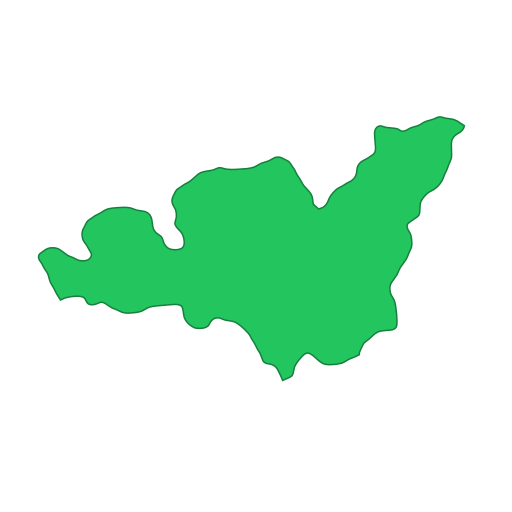 Los Almácigos, Santiago Rodríguez, Dominican Republic, rotated 266°
{"feature_id": "3306468B75896846080251", "entity_name": "Los Almácigos", "entity_type": "district", "adm_level": 2, "iso_a3": "DOM", "parent_name": "Dominican Republic", "parent_adm1": "Santiago Rodríguez", "projection": "mercator", "projection_center": [-71.426, 19.324], "detail": "fine", "context": "isolated", "style": "filled", "palette": "green", "viewbox_px": 512, "rotation_deg": 266, "n_neighbors": 0, "source": "geoboundaries", "source_scale": "gbopen_adm2", "svg_char_len": 5131}
<svg xmlns="http://www.w3.org/2000/svg" viewBox="0 0 512 512"><g transform="rotate(266 256 256)"><path d="M130.0,273.9L132.5,280.9L133.5,282.8L134.1,283.6L135.9,284.7L142.1,286.5L144.2,287.6L146.2,289.0L149.1,291.4L152.5,294.8L154.6,297.4L155.5,299.5L155.6,300.6L155.4,301.7L154.5,303.6L152.4,306.2L146.4,312.1L144.2,315.0L143.2,317.2L142.5,320.8L142.4,324.5L142.4,328.3L142.8,332.0L143.2,334.4L144.0,336.5L146.5,341.5L148.7,348.2L150.3,352.1L152.5,352.5L154.3,353.3L159.7,356.3L161.4,357.5L162.1,358.3L165.1,362.7L170.0,369.0L171.6,372.0L172.3,374.5L172.6,378.4L172.7,384.7L172.9,387.0L173.7,389.2L174.4,390.1L175.3,390.9L177.4,391.7L180.9,392.1L188.5,392.2L196.4,391.8L200.2,391.3L202.5,390.7L207.4,388.3L209.5,387.6L213.0,387.2L215.4,387.4L217.7,388.0L219.9,389.2L227.6,395.4L232.8,398.2L234.8,399.5L240.6,404.3L242.6,405.8L244.7,407.0L247.8,408.5L251.7,410.6L253.7,411.6L256.1,412.2L258.5,412.4L263.4,412.3L265.7,412.0L268.0,411.3L271.6,409.5L273.4,408.9L275.4,408.8L276.4,409.0L277.3,409.5L278.6,410.9L283.7,419.5L285.0,421.0L285.9,421.6L287.8,422.3L294.6,423.2L296.9,423.6L299.2,424.5L302.2,426.7L304.9,429.4L306.5,431.3L307.8,433.4L309.7,437.7L311.7,440.8L313.3,442.7L315.1,444.5L318.1,446.8L320.2,448.0L324.3,449.9L329.1,452.6L333.4,454.5L337.3,456.5L339.3,457.4L340.5,457.8L343.1,458.2L352.2,458.6L354.8,458.8L357.3,459.3L358.5,459.8L360.3,461.0L361.9,462.5L363.2,464.3L365.2,468.2L367.1,470.6L368.7,471.8L369.5,472.3L371.4,473.0L376.5,466.3L378.1,463.4L378.9,461.1L380.1,455.4L381.7,450.6L382.0,448.7L381.7,446.8L380.0,442.0L378.5,435.1L377.7,432.9L375.2,427.9L374.5,425.6L373.2,419.9L372.4,417.8L370.7,414.1L370.2,412.1L370.4,410.2L370.7,409.3L372.6,406.7L373.0,405.8L373.6,403.9L375.2,394.8L376.9,390.2L377.1,389.3L377.1,388.3L376.9,387.3L376.5,386.4L375.9,385.5L374.4,384.1L373.4,383.6L371.1,382.9L367.4,382.7L355.8,382.8L353.4,382.5L352.3,382.2L351.3,381.8L350.3,381.2L348.9,379.6L345.8,374.2L343.0,368.1L342.4,367.2L340.9,365.5L339.2,364.2L337.2,363.2L331.6,362.0L329.5,361.2L327.6,360.1L326.0,358.6L324.7,356.8L324.1,355.8L322.3,351.7L319.7,346.8L317.8,342.5L316.5,340.4L314.0,337.5L311.3,335.0L308.2,332.9L304.2,330.9L301.7,328.8L300.4,327.1L299.8,326.1L299.1,323.9L298.6,321.7L303.7,316.7L309.7,316.4L312.1,315.9L314.4,315.0L316.4,313.7L322.2,309.1L324.2,307.8L328.5,305.8L334.3,302.6L339.6,300.4L346.0,296.7L347.7,295.5L348.4,294.7L351.6,289.4L352.6,287.5L353.1,285.3L353.1,283.0L352.9,281.8L352.1,279.8L350.3,276.0L349.6,273.8L348.2,268.0L347.4,265.9L345.0,260.9L344.2,257.2L343.8,253.3L343.8,249.4L343.8,242.8L344.0,237.6L344.7,232.6L346.3,227.7L346.7,225.9L346.4,224.0L344.8,219.2L344.5,216.9L343.9,210.8L343.2,207.3L342.8,206.1L341.6,203.9L335.6,196.0L334.4,193.9L332.5,189.7L328.2,182.3L327.6,181.5L325.9,180.1L321.4,177.5L319.5,176.6L317.4,176.0L315.1,176.1L313.0,176.6L308.2,178.8L307.1,179.1L304.8,179.4L302.5,179.4L300.2,179.2L294.6,177.4L293.7,177.4L292.7,177.6L291.7,178.0L289.8,179.1L286.2,182.0L284.2,183.4L282.0,184.4L278.5,185.2L275.0,185.4L272.8,185.1L271.7,184.8L270.7,184.3L269.7,183.6L269.0,182.6L268.5,181.6L268.0,179.4L267.8,177.1L268.0,174.8L268.4,172.4L269.2,170.2L269.8,169.2L270.5,168.3L272.1,166.8L274.0,165.6L275.0,165.2L280.1,163.8L281.9,162.9L282.6,162.2L285.7,158.4L287.3,157.1L289.2,156.0L290.3,155.6L292.6,155.1L299.6,154.6L301.9,154.1L304.0,153.2L304.9,152.6L306.5,151.0L307.7,149.2L308.2,148.1L310.1,140.2L312.7,134.2L313.5,130.5L313.8,126.6L313.9,121.3L313.8,116.0L313.4,112.1L312.7,109.6L311.8,107.6L309.7,103.7L307.5,98.4L303.1,91.0L301.6,89.5L294.3,85.1L292.1,84.3L289.8,83.9L286.2,84.1L283.8,84.7L281.8,85.7L278.1,88.0L274.0,89.9L271.5,91.2L269.7,91.9L268.7,91.9L267.7,91.7L266.7,91.3L265.1,90.0L263.9,88.2L263.3,85.9L263.2,83.6L263.7,80.1L264.5,77.9L267.3,73.1L268.8,69.9L270.0,67.9L275.6,61.2L277.0,59.2L277.5,58.0L278.2,55.7L278.5,52.1L278.2,49.6L277.9,48.5L277.0,46.4L273.8,41.2L273.2,40.4L272.4,39.7L271.4,39.2L270.4,39.0L269.3,39.0L267.3,39.5L262.9,42.0L258.7,43.8L253.9,46.5L251.8,47.3L246.0,48.5L243.7,49.2L237.8,52.1L232.5,54.3L225.7,57.9L227.4,62.3L228.1,66.4L228.4,69.2L228.4,73.3L228.3,76.0L227.8,78.5L226.9,80.8L226.2,81.7L224.5,82.8L221.7,84.0L220.9,84.5L220.1,85.2L219.5,86.1L218.8,88.3L218.8,90.6L219.2,93.0L220.6,97.4L220.7,98.3L220.5,99.4L220.2,100.4L219.1,102.3L215.5,107.0L214.1,109.0L212.1,113.2L209.4,118.1L208.6,120.3L208.1,122.9L207.9,125.5L207.9,129.5L208.1,133.5L208.5,136.1L209.1,138.5L211.9,144.5L212.6,146.9L212.9,149.4L213.2,154.6L213.4,169.0L213.3,172.7L212.9,174.9L212.1,177.0L211.4,177.9L210.5,178.5L209.6,178.9L207.5,179.4L202.0,179.8L199.6,180.2L197.4,181.0L195.2,182.3L192.3,184.7L189.9,187.6L188.6,189.8L188.0,192.2L187.7,194.6L187.7,197.0L187.9,199.3L188.5,201.4L189.5,203.3L190.3,204.0L193.5,206.1L195.6,208.3L196.6,210.1L197.0,212.4L197.0,213.5L196.6,215.6L194.8,219.4L194.0,221.5L192.7,227.2L191.9,229.5L191.4,230.7L189.9,232.8L187.4,235.8L183.6,239.5L179.6,242.8L177.5,244.2L173.2,246.1L168.4,248.7L163.1,250.9L158.2,253.4L156.1,254.1L152.0,255.3L150.2,256.1L149.4,256.8L148.3,258.4L146.5,264.5L145.4,266.3L143.9,267.9L142.1,269.2L141.1,269.7L135.0,272.2L130.0,273.9Z" fill="#22c55e" stroke="#15803d" stroke-width="1.5"/></g></svg>